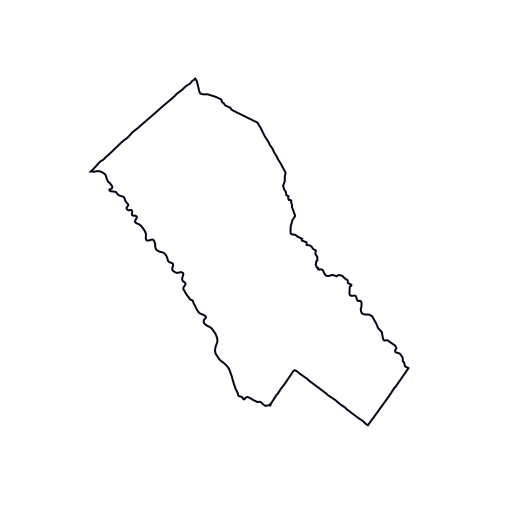 the district of Nueva Concepción, Escuintla, Guatemala, rotated 115°
{"feature_id": "79465075B35747325654374", "entity_name": "Nueva Concepción", "entity_type": "district", "adm_level": 2, "iso_a3": "GTM", "parent_name": "Guatemala", "parent_adm1": "Escuintla", "projection": "albers", "projection_center": [-91.282, 14.129], "detail": "fine", "context": "isolated", "style": "outline", "palette": "ink", "viewbox_px": 512, "rotation_deg": 115, "n_neighbors": 0, "source": "geoboundaries", "source_scale": "gbopen_adm2", "svg_char_len": 6145}
<svg xmlns="http://www.w3.org/2000/svg" viewBox="0 0 512 512"><g transform="rotate(115 256 256)"><path d="M388.3,214.3L388.8,213.9L389.5,213.5L389.9,213.1L390.2,212.4L390.1,211.6L389.8,210.6L389.8,210.0L389.8,209.0L390.1,208.4L390.5,207.8L390.8,207.4L391.1,206.8L391.0,206.2L390.5,205.9L389.8,205.8L388.7,205.4L387.9,204.8L387.6,204.4L387.3,203.6L387.3,201.0L387.7,197.6L387.7,195.6L387.7,194.8L387.7,194.1L387.8,193.3L387.4,192.4L387.0,191.8L386.6,191.1L386.5,189.8L386.6,189.2L386.7,188.6L387.1,187.9L387.4,186.9L387.7,185.9L387.8,185.0L387.8,184.3L387.5,183.4L386.9,182.8L386.3,182.1L385.9,181.4L385.4,179.8L384.7,179.9L384.1,180.5L383.5,180.4L383.2,180.0L373.1,178.7L372.1,178.2L364.6,177.1L360.8,176.1L344.4,173.5L343.2,172.8L343.1,170.6L344.2,166.5L345.7,157.6L346.5,155.5L351.1,133.5L351.7,132.3L352.9,123.9L354.8,117.0L355.7,111.1L356.5,109.4L359.6,94.9L360.2,90.4L361.1,87.1L361.6,86.5L362.1,83.0L326.1,76.1L316.6,74.8L315.9,74.3L293.2,70.4L293.0,74.4L290.1,76.5L289.3,78.5L286.8,79.7L285.5,81.0L283.7,84.4L283.9,86.4L284.3,88.7L283.9,89.4L283.0,90.0L280.2,89.8L278.4,92.0L276.8,101.5L278.2,103.6L278.4,104.7L277.2,106.0L271.8,109.8L269.8,114.8L266.8,118.0L262.9,123.4L261.6,125.1L261.2,128.5L263.0,132.6L263.3,135.6L261.7,137.5L259.5,138.8L258.1,138.8L254.4,140.2L252.7,141.6L252.8,143.3L253.5,144.1L253.6,145.2L250.2,148.6L250.2,150.0L251.8,152.6L251.8,154.2L250.6,155.4L245.2,157.7L244.1,157.9L242.7,157.1L241.7,157.5L241.7,161.2L239.3,162.7L238.7,166.4L237.5,169.2L238.1,172.8L239.3,173.9L240.3,174.2L240.6,177.2L240.9,178.9L242.1,180.2L243.7,182.1L244.2,184.0L243.6,185.7L240.6,189.6L240.5,190.3L240.4,191.0L241.8,193.4L241.8,194.0L241.2,194.0L240.5,194.6L240.7,195.9L238.6,198.2L235.4,199.1L234.0,198.5L233.1,199.1L230.8,200.1L229.4,202.8L228.0,203.6L226.1,203.8L225.6,204.5L225.6,206.8L224.9,208.2L223.8,210.1L223.8,212.1L224.6,214.8L222.3,215.9L222.4,219.4L222.7,220.7L221.6,221.7L220.9,221.5L220.9,226.9L220.4,227.5L220.3,230.3L220.9,231.2L221.2,233.5L220.4,234.5L215.2,236.8L212.7,237.4L208.0,238.1L203.5,237.5L202.7,237.8L199.1,241.4L196.6,244.0L194.2,245.1L192.0,247.3L190.9,247.5L190.7,248.4L191.3,250.0L191.0,250.4L189.1,251.7L188.1,251.7L188.0,254.2L185.2,256.2L183.7,258.8L182.4,259.8L180.9,261.1L176.2,261.5L171.5,263.6L168.1,264.3L161.6,272.9L158.5,277.8L157.6,278.5L154.5,283.2L151.6,286.7L149.2,290.9L147.6,292.5L143.8,298.6L138.1,305.7L135.4,309.7L134.5,311.1L133.9,338.2L133.5,340.4L132.5,342.0L132.5,347.7L131.1,350.0L131.0,351.5L130.3,352.5L129.3,353.1L128.8,354.0L128.8,360.0L129.9,368.2L131.8,372.1L132.3,375.2L131.3,376.5L128.3,378.9L122.5,383.6L120.9,386.1L122.2,386.5L124.2,387.7L124.7,387.9L125.4,388.1L125.9,388.2L126.7,388.3L127.7,388.7L128.4,389.1L129.1,389.6L129.8,390.1L131.0,390.9L132.4,391.6L136.6,393.2L139.0,394.5L141.2,395.7L142.5,396.3L143.7,396.8L144.9,397.1L146.7,397.9L148.6,398.7L149.8,399.2L160.1,404.0L168.5,407.6L177.4,411.6L187.5,416.1L190.1,417.2L193.6,419.0L196.0,420.2L198.5,421.0L200.8,421.7L203.1,422.5L205.1,423.5L207.9,425.1L212.9,427.1L225.6,432.0L230.1,434.0L232.5,434.8L233.3,435.1L234.1,435.7L235.1,436.4L236.1,437.0L238.4,437.9L242.7,439.1L246.4,440.3L249.4,441.6L249.3,441.1L248.7,440.3L247.9,438.0L246.6,436.5L245.5,434.1L245.1,431.9L245.3,429.4L245.9,426.9L247.7,425.0L248.7,424.3L251.1,421.6L251.7,419.3L252.9,416.9L254.0,415.4L255.3,415.1L256.4,415.7L257.4,416.8L258.1,416.8L258.7,416.0L258.7,415.0L257.9,412.7L257.2,410.1L258.0,408.5L258.8,406.8L258.9,405.1L258.9,404.2L258.5,402.4L258.3,400.9L259.2,399.6L261.0,398.0L262.2,396.1L263.1,393.9L264.1,393.1L265.8,393.5L267.2,393.7L268.0,393.0L268.5,391.7L268.4,390.7L267.4,389.2L267.0,388.4L267.6,387.3L268.8,386.7L270.6,386.1L271.4,385.4L271.4,384.2L270.5,382.8L270.5,381.4L271.0,380.5L272.0,380.2L273.5,380.4L274.6,380.5L275.4,380.3L276.1,380.2L276.5,379.7L276.7,378.6L276.8,377.6L276.7,375.6L276.8,374.8L277.0,374.1L277.2,373.1L277.5,372.4L277.9,371.6L279.3,369.0L280.4,367.3L281.3,366.3L282.3,365.3L283.0,364.8L284.8,364.1L285.7,363.7L286.4,363.4L286.9,363.2L287.5,362.6L288.0,361.9L288.0,361.3L287.7,360.6L287.4,360.0L287.0,359.4L286.6,358.8L285.9,358.1L285.4,357.7L285.0,357.1L284.8,356.5L284.9,355.6L285.6,354.5L286.8,353.3L287.5,352.6L288.6,352.0L289.3,351.8L289.9,351.4L290.8,350.8L291.5,350.1L291.9,349.7L292.2,349.3L292.5,348.7L292.7,347.5L292.8,346.9L292.8,345.9L292.8,345.0L292.7,344.3L292.5,343.6L292.3,343.0L292.2,342.2L292.2,341.6L292.2,341.0L292.3,340.5L292.5,339.9L292.8,338.9L293.2,338.2L293.7,337.5L294.1,336.8L295.8,335.2L296.5,334.6L297.1,334.1L297.6,333.6L298.1,332.7L298.2,332.2L298.2,331.7L298.0,330.1L297.9,329.0L298.2,328.0L298.6,327.6L299.2,327.3L300.0,327.1L300.9,326.9L302.0,326.8L303.1,326.6L303.6,326.2L304.0,325.7L304.5,325.0L304.7,323.8L304.9,322.8L304.9,322.1L304.8,320.7L304.5,320.1L304.1,319.5L303.5,318.8L303.0,318.1L302.3,317.2L302.2,316.6L302.2,315.8L302.4,314.8L303.0,314.2L304.1,314.0L304.8,313.9L305.7,313.8L306.6,313.6L307.2,313.5L307.8,313.3L308.4,313.1L308.9,312.6L309.4,312.1L309.8,311.1L310.0,310.0L310.2,309.2L310.4,308.7L311.0,308.1L311.7,308.0L312.7,308.1L313.6,308.2L314.3,308.3L315.0,308.4L315.7,308.3L316.4,308.0L316.9,307.6L317.4,306.8L318.1,305.8L319.1,304.5L319.7,303.6L320.3,302.7L321.6,300.2L322.6,298.5L323.2,297.1L323.3,296.6L323.1,295.9L323.1,295.3L323.2,294.7L323.4,294.2L323.8,293.7L324.8,293.0L325.7,292.0L326.9,290.1L328.1,288.8L329.2,287.5L330.1,286.1L331.2,284.2L331.6,283.2L331.7,282.3L331.7,281.1L331.6,279.8L331.6,278.6L331.7,277.4L331.8,276.9L332.3,275.8L332.9,275.4L333.4,275.4L334.3,275.6L335.2,276.0L335.7,276.1L336.3,276.1L337.4,275.8L338.0,275.4L338.5,275.0L339.0,274.3L339.3,273.6L339.5,272.6L339.8,270.9L339.9,269.3L339.9,268.1L340.1,266.6L340.4,265.5L341.1,264.2L341.8,263.0L342.6,261.6L343.7,259.8L344.6,258.7L346.3,257.1L347.6,256.0L348.5,255.5L349.3,255.1L350.4,254.7L352.1,254.5L353.2,254.5L354.9,254.3L356.4,254.0L358.2,253.5L359.6,252.8L360.5,252.2L361.5,251.4L362.2,250.4L365.1,245.6L365.5,244.7L366.0,242.9L366.4,240.7L367.0,238.5L367.8,236.3L368.6,234.6L369.5,233.1L371.0,231.3L372.5,229.9L375.4,227.0L378.1,224.8L381.2,222.0L385.1,218.3L386.5,216.4L387.6,215.2L388.3,214.3Z" fill="none" stroke="#020617" stroke-width="2"/></g></svg>